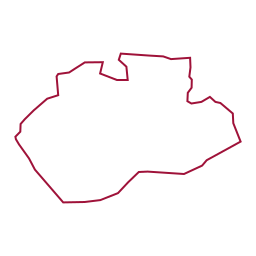 Madarounfa, Maradi, Niger (orthographic projection)
{"feature_id": "23599985B10786712449018", "entity_name": "Madarounfa", "entity_type": "district", "adm_level": 2, "iso_a3": "NER", "parent_name": "Niger", "parent_adm1": "Maradi", "projection": "orthographic", "projection_center": [7.181, 13.281], "detail": "fine", "context": "isolated", "style": "outline", "palette": "rose", "viewbox_px": 256, "rotation_deg": 0, "n_neighbors": 0, "source": "geoboundaries", "source_scale": "gbopen_adm2", "svg_char_len": 719}
<svg xmlns="http://www.w3.org/2000/svg" viewBox="0 0 256 256"><path d="M118.8,59.8L126.4,66.7L127.7,80.0L116.9,80.0L100.1,73.5L102.8,62.2L84.8,62.4L74.3,69.1L69.1,72.5L58.2,74.0L56.6,76.4L58.2,95.2L47.2,98.7L33.8,110.3L24.7,119.3L20.6,124.0L20.3,131.7L15.4,136.7L15.9,139.2L19.0,144.4L29.0,158.4L34.9,169.6L63.2,202.4L84.7,202.0L100.3,200.1L118.0,193.1L128.1,182.3L138.8,172.0L147.6,171.6L184.0,174.0L202.1,165.6L206.7,160.2L240.6,141.6L233.3,123.2L232.8,113.5L220.4,103.0L215.4,101.9L209.9,96.9L201.4,101.9L191.4,103.5L187.4,101.2L187.8,92.8L191.6,87.7L191.8,79.6L189.3,76.7L190.5,67.4L190.1,57.8L171.0,59.1L163.2,56.4L149.7,55.6L129.4,54.2L120.8,53.6L118.8,59.8Z" fill="none" stroke="#9f1239" stroke-width="2"/></svg>